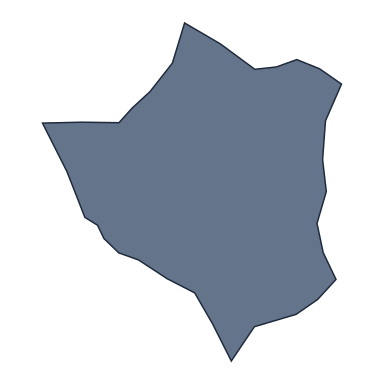 San José de Ocoa, orthographic projection
{"feature_id": "DOM-1978", "entity_name": "San José de Ocoa", "entity_type": "Province", "adm_level": 1, "iso_a3": "DOM", "parent_name": "Dominican Republic", "parent_adm1": "", "projection": "orthographic", "projection_center": [-70.501, 18.601], "detail": "fine", "context": "isolated", "style": "filled", "palette": "slate", "viewbox_px": 384, "rotation_deg": 0, "n_neighbors": 0, "source": "natural_earth", "source_scale": "10m", "svg_char_len": 513}
<svg xmlns="http://www.w3.org/2000/svg" viewBox="0 0 384 384"><path d="M184.6,23.0L220.5,44.0L254.8,69.3L276.2,67.0L296.8,59.6L319.6,68.8L341.5,84.1L325.5,120.8L322.6,159.7L326.3,191.6L317.0,223.4L323.2,252.6L336.0,279.4L317.7,299.4L296.2,314.3L254.4,326.7L231.3,361.0L212.4,323.5L194.7,292.9L167.1,278.7L138.6,260.0L118.8,252.9L104.0,238.6L97.5,225.2L84.9,217.4L67.0,171.7L42.5,123.1L81.2,122.2L119.0,122.7L132.1,108.1L150.1,91.5L172.4,63.1L184.6,23.0Z" fill="#64748b" stroke="#1e293b" stroke-width="1.5"/></svg>